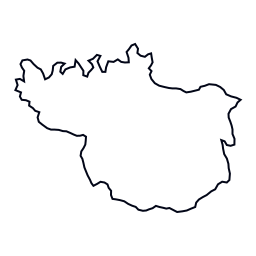 Jaborá, Santa Catarina, Brazil (Robinson projection)
{"feature_id": "56859067B74919333247370", "entity_name": "Jaborá", "entity_type": "district", "adm_level": 2, "iso_a3": "BRA", "parent_name": "Brazil", "parent_adm1": "Santa Catarina", "projection": "robinson", "projection_center": [-51.784, -27.14], "detail": "fine", "context": "isolated", "style": "outline", "palette": "ink", "viewbox_px": 256, "rotation_deg": 0, "n_neighbors": 0, "source": "geoboundaries", "source_scale": "gbopen_adm2", "svg_char_len": 2295}
<svg xmlns="http://www.w3.org/2000/svg" viewBox="0 0 256 256"><path d="M75.6,60.1L74.6,66.7L70.2,67.4L65.4,69.4L62.7,73.9L60.3,71.7L61.2,66.8L64.6,63.6L61.1,62.6L57.3,62.7L53.2,65.9L52.7,70.6L51.7,74.3L48.9,77.5L45.1,79.3L43.1,73.5L40.8,69.4L37.5,67.7L33.6,64.1L30.5,60.5L27.5,59.5L22.4,60.4L20.5,64.1L21.9,67.5L24.2,70.8L23.4,76.0L24.1,81.4L19.9,78.9L15.9,79.6L17.6,85.1L15.4,90.1L21.0,92.4L19.9,96.5L21.7,99.8L25.9,100.2L29.5,101.7L29.1,105.6L32.9,108.1L35.2,110.8L39.3,112.2L37.6,117.4L38.8,121.8L42.4,124.7L47.2,128.2L51.0,129.6L54.4,129.6L58.8,129.9L62.9,131.1L66.4,131.3L70.4,133.0L73.8,134.6L76.8,135.8L80.1,135.7L83.1,134.9L86.0,136.7L85.7,141.0L85.3,144.6L83.4,148.3L81.3,151.4L80.6,155.8L82.4,158.9L83.4,162.8L84.4,167.4L85.9,171.1L87.7,175.5L90.0,179.8L91.4,183.1L93.4,185.8L97.1,183.9L100.5,181.8L104.5,182.5L107.5,184.4L108.7,187.9L111.1,190.8L111.0,195.0L112.5,198.9L115.6,199.3L119.9,200.1L124.3,201.3L128.2,203.9L132.1,205.7L135.7,206.9L138.4,209.7L142.9,210.8L146.2,210.5L149.1,209.3L152.6,208.2L155.9,205.9L159.5,207.0L163.2,207.8L166.3,208.6L169.4,208.0L172.7,209.7L177.1,212.0L182.5,211.3L186.8,210.5L190.9,208.7L195.2,207.0L196.2,202.6L198.9,199.5L202.6,197.2L206.6,195.1L211.3,191.3L215.2,189.3L218.0,184.3L222.2,181.7L226.8,182.5L229.4,180.0L229.9,173.6L228.7,168.2L228.4,163.8L226.9,158.6L224.2,154.1L223.1,148.7L222.6,144.8L221.3,140.1L224.6,141.3L226.8,145.0L230.6,145.8L234.4,144.6L234.5,138.8L232.5,134.0L232.5,129.4L231.6,125.5L230.3,121.6L228.7,117.6L228.5,113.8L231.0,109.1L235.6,106.5L237.5,102.5L240.6,99.8L236.5,97.8L231.1,96.4L226.2,94.3L223.8,90.0L220.2,87.0L215.9,84.9L212.1,84.5L209.0,84.2L204.8,85.8L200.5,86.8L198.9,89.7L194.9,90.7L190.8,91.7L186.3,92.4L183.5,91.0L180.5,89.1L176.1,88.4L172.4,88.4L168.9,88.0L164.4,87.0L159.2,85.7L154.8,83.2L151.4,79.0L149.8,74.7L151.5,71.1L148.8,68.3L151.0,65.4L152.6,62.3L151.8,58.0L151.1,53.4L148.1,54.3L144.9,56.8L140.6,55.7L137.4,53.0L138.0,48.7L135.1,44.0L131.5,45.5L129.0,49.1L126.6,52.0L128.5,57.8L128.8,62.3L125.0,62.5L121.2,61.9L117.8,59.4L113.6,61.9L108.3,61.3L106.1,67.3L105.4,71.9L102.3,71.9L99.7,66.5L97.5,61.3L100.4,55.9L96.9,54.9L93.0,58.8L88.5,60.7L92.0,64.2L93.3,67.5L91.0,70.2L88.5,72.7L87.2,76.6L83.3,75.2L83.4,70.8L80.8,66.9L78.6,63.5L75.6,60.1Z" fill="none" stroke="#020617" stroke-width="2"/></svg>